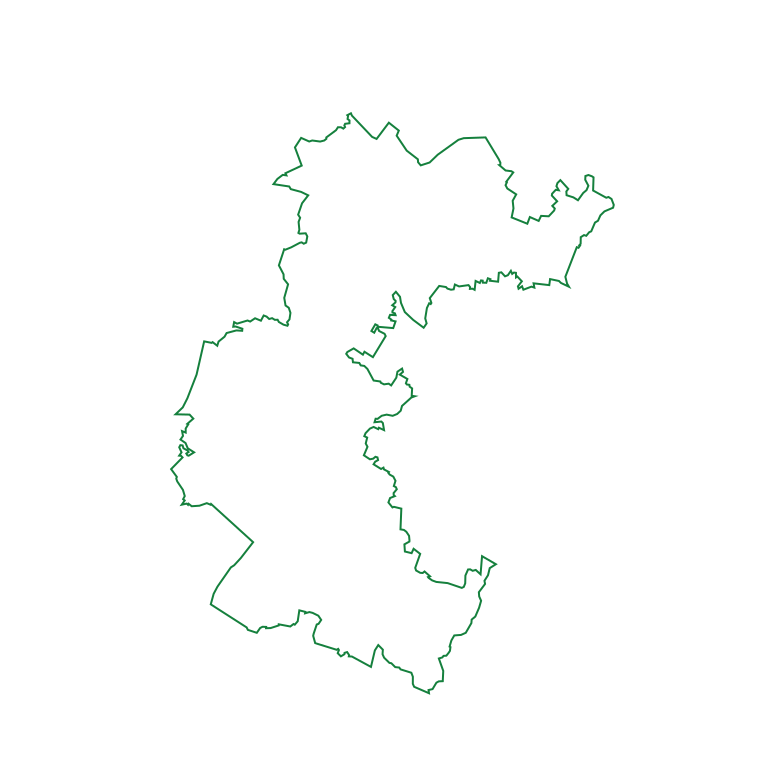 the district of Yuriria, Guanajuato, Mexico, rotated 298°
{"feature_id": "50627088B69886558510846", "entity_name": "Yuriria", "entity_type": "district", "adm_level": 2, "iso_a3": "MEX", "parent_name": "Mexico", "parent_adm1": "Guanajuato", "projection": "mercator", "projection_center": [-101.194, 20.166], "detail": "fine", "context": "isolated", "style": "outline", "palette": "green", "viewbox_px": 768, "rotation_deg": 298, "n_neighbors": 0, "source": "geoboundaries", "source_scale": "gbopen_adm2", "svg_char_len": 6166}
<svg xmlns="http://www.w3.org/2000/svg" viewBox="0 0 768 768"><g transform="rotate(298 384 384)"><path d="M556.7,501.6L558.6,498.5L563.8,493.8L595.3,490.0L595.6,491.8L598.2,492.1L598.2,491.3L600.1,491.8L606.0,488.8L609.4,490.7L609.8,493.0L614.3,493.9L616.1,495.3L625.6,494.5L628.6,496.3L634.5,495.9L639.9,497.6L647.2,503.5L650.0,502.8L654.2,498.0L654.5,494.4L652.8,492.8L653.0,477.8L664.8,472.0L665.0,470.0L664.5,466.4L662.2,464.2L658.8,465.8L655.0,471.4L650.2,471.8L646.2,470.2L637.3,469.0L637.7,463.6L636.4,456.6L639.6,454.6L642.8,455.1L646.8,444.0L642.8,442.8L639.6,443.4L637.1,447.4L636.1,444.5L630.9,443.1L629.2,443.7L626.6,451.1L620.3,449.0L619.1,452.4L617.1,452.8L609.4,450.7L606.2,443.8L600.6,444.0L599.9,434.4L592.8,435.3L591.0,418.5L599.8,415.9L606.2,411.6L613.5,411.7L614.5,401.1L616.6,398.0L619.8,397.8L619.9,397.0L631.5,398.8L631.7,396.6L629.6,391.1L631.4,383.0L632.0,383.8L634.0,382.9L636.4,379.7L649.4,357.9L638.5,339.0L634.6,335.1L611.7,323.8L601.0,320.3L594.3,313.8L595.8,310.0L598.3,308.4L600.7,294.5L609.2,278.6L614.7,278.1L617.0,265.6L596.9,262.4L596.6,257.5L605.9,229.7L607.5,227.7L604.1,225.4L603.7,226.5L600.9,227.4L600.5,229.8L598.0,231.1L595.5,227.5L593.7,227.6L592.6,229.0L590.4,228.2L590.5,225.6L589.1,222.8L585.6,222.5L574.6,217.3L573.4,218.0L570.9,216.9L568.1,213.8L565.3,206.3L563.0,204.1L562.4,195.3L551.1,194.3L538.2,208.8L523.8,198.0L522.4,199.9L521.1,196.4L515.0,193.6L508.6,192.6L513.9,207.6L512.3,210.2L514.7,220.6L515.0,228.5L505.1,226.8L493.2,228.7L491.4,231.9L487.0,232.5L480.4,236.9L477.2,237.5L477.1,238.9L480.3,244.1L478.3,247.0L472.3,248.9L470.2,247.3L470.4,244.8L469.2,243.4L461.1,237.9L456.2,233.8L456.1,232.6L439.4,235.5L433.7,243.8L429.8,246.1L427.0,252.5L413.2,255.5L407.1,260.2L406.6,264.1L402.9,268.0L396.7,270.2L393.0,269.4L391.6,271.4L390.1,271.4L389.2,267.4L389.4,262.0L390.8,259.9L389.4,257.5L389.6,254.3L387.5,252.1L388.4,248.7L388.0,245.6L382.1,245.6L381.5,239.3L376.3,236.5L376.0,233.7L368.3,225.9L368.3,222.6L363.8,224.0L365.1,226.0L366.3,233.0L364.4,233.8L362.0,228.5L355.1,221.1L350.9,221.0L343.8,218.0L339.5,218.8L340.5,213.0L339.4,212.5L337.2,205.2L304.3,214.1L279.1,217.1L268.9,217.3L259.4,214.2L265.7,226.7L263.9,231.9L256.4,229.0L256.4,230.1L251.6,229.8L248.0,231.7L247.6,227.8L243.8,230.9L239.4,230.4L238.7,236.5L235.1,240.9L234.5,248.4L229.0,245.2L228.7,243.9L229.8,242.1L232.2,243.4L233.0,241.9L233.1,237.1L235.2,235.0L234.4,232.9L232.0,232.9L228.6,237.3L224.6,236.8L225.3,238.5L224.6,240.6L208.9,236.0L204.7,244.7L202.9,245.0L200.9,247.2L196.1,256.2L191.5,260.7L188.0,260.7L187.6,262.7L182.5,262.1L185.8,266.0L185.3,267.7L186.5,267.7L185.8,271.6L189.9,278.2L195.6,283.5L196.0,287.6L196.9,287.6L182.9,342.7L163.2,339.3L153.6,336.8L150.2,334.9L126.9,332.1L118.8,332.1L108.1,334.5L104.6,377.0L103.0,379.2L104.6,388.5L110.4,389.2L112.6,390.7L114.2,394.0L113.0,394.5L115.3,398.5L121.4,404.4L122.4,403.9L125.9,415.1L129.6,416.8L129.6,418.2L134.0,419.2L144.4,415.5L145.9,421.6L144.5,422.0L147.6,425.2L148.4,428.4L148.6,434.8L146.2,439.3L141.5,438.8L140.1,437.5L130.6,439.1L128.4,439.7L122.9,444.9L127.1,467.0L128.6,467.9L127.9,469.1L124.6,469.5L123.3,473.8L126.8,475.9L128.1,475.4L130.0,477.3L128.3,480.4L127.0,480.8L128.3,483.6L128.1,505.3L144.5,501.0L150.8,501.5L148.9,507.7L144.7,509.6L142.4,512.6L140.3,519.7L140.9,521.6L139.3,526.8L140.8,530.6L139.8,532.6L141.9,543.7L139.1,546.9L132.8,550.2L130.8,552.8L132.1,568.9L134.7,567.0L137.4,570.1L144.9,570.5L147.2,572.0L149.2,575.4L158.5,571.0L167.4,561.3L170.0,563.9L171.9,564.2L173.4,566.6L177.2,567.3L179.3,567.5L182.9,566.2L182.9,565.2L189.2,563.9L195.0,564.1L198.6,569.8L202.7,573.0L213.9,573.4L217.2,572.0L221.5,573.8L231.1,573.0L238.2,571.5L241.1,567.8L244.7,565.5L254.9,567.1L257.4,565.1L264.0,565.6L271.1,563.8L277.4,567.4L278.0,551.4L261.3,558.6L262.9,552.3L260.7,550.0L260.8,547.1L259.7,545.3L253.1,545.8L246.1,549.3L242.3,549.7L240.5,548.4L238.1,533.7L233.8,523.1L233.2,518.7L233.8,514.3L234.2,513.5L235.8,514.9L237.5,507.8L235.3,506.9L234.3,504.6L234.4,499.9L236.3,497.9L251.0,495.7L252.4,487.5L247.6,487.8L245.9,481.1L252.0,477.3L256.8,480.4L257.9,479.9L261.7,477.4L264.0,473.1L264.5,470.1L263.4,466.8L282.1,457.8L280.2,450.4L279.0,449.4L281.5,443.5L286.2,442.9L290.1,446.2L290.5,444.7L292.2,443.7L297.1,444.7L298.5,442.9L298.5,440.6L303.9,439.6L306.6,435.7L306.7,431.5L307.6,429.5L308.6,429.7L308.6,424.1L309.9,422.8L307.6,421.3L308.2,412.5L311.3,412.7L314.0,414.5L316.1,412.7L315.7,410.6L313.0,409.5L310.9,406.9L311.6,399.7L320.8,398.9L322.9,395.8L328.8,394.3L328.7,391.1L331.9,390.8L338.0,392.5L341.2,395.0L341.4,400.1L343.0,400.0L343.3,405.7L349.0,401.3L349.6,399.3L345.8,393.6L349.4,392.9L350.2,394.7L354.9,396.9L358.2,400.7L360.0,406.6L363.7,409.7L368.3,411.3L373.1,410.2L384.9,414.5L387.6,416.9L386.6,414.0L393.3,410.9L393.7,407.9L395.2,406.8L394.3,404.4L394.9,403.0L399.4,402.3L399.7,393.5L403.6,395.1L406.1,392.7L401.2,390.1L395.4,391.9L386.1,391.0L386.5,388.0L383.7,384.2L383.6,380.6L384.5,379.6L382.2,373.2L389.5,362.3L390.7,358.1L389.5,354.7L391.0,352.3L388.6,346.4L391.5,344.4L391.0,340.7L392.9,336.5L395.0,336.6L401.2,340.5L400.0,351.6L403.3,351.6L402.5,361.6L427.1,363.0L428.6,360.9L428.5,354.8L430.2,352.7L429.7,351.2L424.7,351.3L424.9,348.0L432.6,348.3L432.7,350.9L431.5,351.4L437.7,365.9L444.7,364.8L443.5,360.5L444.3,360.3L444.7,357.2L447.9,356.9L450.2,361.9L451.5,360.5L451.1,357.9L452.3,357.2L457.2,357.8L457.4,354.3L461.4,355.8L462.8,355.3L463.6,352.7L466.6,350.0L471.0,351.2L468.5,357.2L463.6,360.9L457.3,368.6L454.3,379.7L452.3,392.6L457.5,393.2L461.3,389.6L471.3,386.2L476.5,386.0L476.5,387.7L477.8,387.8L481.3,384.1L496.5,386.7L498.7,393.2L498.0,395.2L498.7,398.9L500.3,401.1L505.1,399.9L505.4,404.5L511.0,412.2L510.0,414.5L508.3,415.2L509.7,417.4L509.7,419.8L518.0,416.5L518.2,421.2L521.0,421.0L521.6,422.6L519.9,423.7L521.4,426.8L526.1,426.1L526.5,428.8L524.9,429.1L527.9,436.7L536.1,433.2L537.7,435.2L535.9,440.3L538.2,442.3L543.5,442.9L541.4,445.5L543.4,446.4L544.1,448.3L540.1,450.5L541.5,451.2L539.4,457.5L533.1,456.4L531.3,458.1L535.1,460.0L532.7,462.8L539.2,468.5L539.7,471.5L543.1,468.8L548.9,483.5L554.6,481.4L557.1,490.1L556.3,492.8L556.7,501.6Z" fill="none" stroke="#15803d" stroke-width="2"/></g></svg>